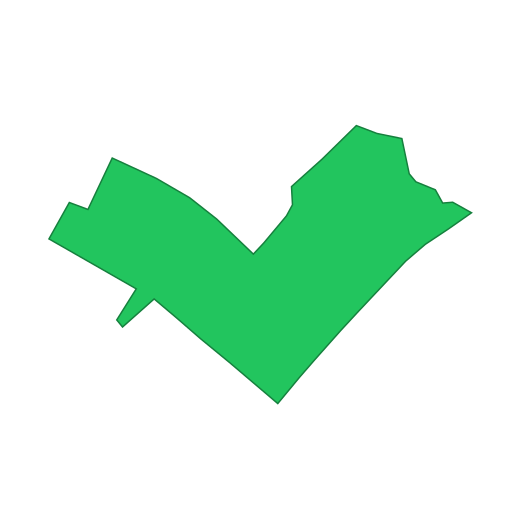 the district of Senala, Tuvalu, rotated 278°
{"feature_id": "33948139B62945669535509", "entity_name": "Senala", "entity_type": "district", "adm_level": 2, "iso_a3": "TUV", "parent_name": "Tuvalu", "parent_adm1": "", "projection": "albers", "projection_center": [179.199, -8.519], "detail": "fine", "context": "isolated", "style": "filled", "palette": "green", "viewbox_px": 512, "rotation_deg": 278, "n_neighbors": 0, "source": "geoboundaries", "source_scale": "gbopen_adm2", "svg_char_len": 623}
<svg xmlns="http://www.w3.org/2000/svg" viewBox="0 0 512 512"><g transform="rotate(278 256 256)"><path d="M244.1,48.6L206.8,142.0L173.3,127.0L167.1,133.7L199.3,161.1L183.7,185.9L166.0,213.2L146.9,244.5L112.9,298.1L142.3,316.2L161.4,328.6L193.9,350.2L215.8,365.4L271.8,405.0L291.1,422.0L309.4,442.6L328.8,463.4L336.6,443.3L334.4,433.5L346.5,424.4L351.7,404.0L358.7,396.3L392.6,384.1L394.2,358.6L399.1,337.2L361.3,308.1L329.7,281.5L311.8,285.0L300.0,280.6L270.0,261.9L257.5,253.1L287.2,211.8L304.4,182.3L318.9,146.7L333.0,100.0L278.7,83.1L283.0,63.7L244.1,48.6Z" fill="#22c55e" stroke="#15803d" stroke-width="1.5"/></g></svg>